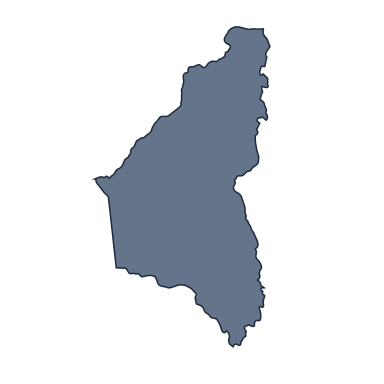 map outline of Neuquén (Equal Earth projection), rotated 173°
{"feature_id": "ARG-1276", "entity_name": "Neuquén", "entity_type": "Province", "adm_level": 1, "iso_a3": "ARG", "parent_name": "Argentina", "parent_adm1": "", "projection": "equal_earth", "projection_center": [-70.544, -38.612], "detail": "fine", "context": "isolated", "style": "filled", "palette": "slate", "viewbox_px": 384, "rotation_deg": 173, "n_neighbors": 0, "source": "natural_earth", "source_scale": "10m", "svg_char_len": 6025}
<svg xmlns="http://www.w3.org/2000/svg" viewBox="0 0 384 384"><g transform="rotate(173 192 192)"><path d="M166.7,35.7L168.1,35.6L169.0,34.9L169.8,33.9L170.1,33.4L170.4,33.9L172.2,35.4L172.9,36.2L173.1,36.6L173.6,38.0L173.7,38.8L173.6,40.7L173.5,41.8L173.3,42.2L172.7,42.9L172.5,43.3L172.4,43.9L172.4,45.0L172.6,46.2L173.2,47.8L173.7,48.8L174.2,49.4L174.7,49.7L175.1,49.7L175.6,49.4L176.2,48.6L176.4,48.4L177.1,48.4L177.9,48.7L178.4,49.3L178.9,50.0L180.0,54.5L180.1,55.5L181.5,59.7L182.6,62.0L183.2,62.8L183.9,63.4L187.9,64.8L189.6,66.8L190.2,68.3L190.5,68.6L191.7,69.3L193.3,70.9L193.9,71.8L194.3,73.1L195.0,75.6L195.2,76.1L195.7,76.7L197.6,78.5L199.1,79.2L199.9,79.7L200.7,80.0L201.4,81.1L201.5,83.8L201.8,84.7L201.6,85.4L201.6,86.6L201.5,87.4L201.2,88.0L200.3,89.1L200.1,89.8L200.4,90.7L203.9,95.5L205.6,97.2L209.5,99.8L211.6,100.6L214.0,101.2L216.6,101.3L225.2,99.6L227.3,99.8L230.4,101.3L232.4,101.7L234.8,102.8L235.6,103.3L237.0,105.2L238.0,110.1L238.9,112.2L240.6,113.4L243.0,114.2L245.5,114.5L251.8,113.9L252.8,114.4L254.6,116.7L255.6,117.5L257.7,117.5L258.2,117.6L259.3,118.2L259.8,118.4L263.0,118.4L263.9,118.8L264.6,119.6L266.1,123.0L267.0,124.1L267.8,124.6L276.4,125.9L275.6,196.6L275.8,198.0L276.8,199.0L279.1,201.9L285.2,212.2L285.8,213.6L285.9,214.8L285.8,215.7L286.0,216.4L287.1,216.7L281.9,218.1L280.2,218.1L278.0,217.3L277.1,217.2L276.4,217.4L275.7,217.8L275.0,218.1L273.7,217.3L272.6,215.9L272.0,215.9L270.0,217.8L269.2,218.0L267.6,218.9L264.4,222.9L262.8,223.8L261.3,224.2L259.7,225.1L258.2,226.5L257.0,228.2L255.5,231.0L254.9,231.9L254.2,232.7L253.3,233.2L251.3,234.1L250.2,235.8L248.8,237.0L248.3,237.9L247.5,241.1L247.0,242.1L244.4,243.7L243.9,244.2L243.6,244.6L241.7,248.0L240.8,249.4L238.0,250.7L236.4,251.6L235.1,251.8L233.6,251.8L233.1,251.9L232.4,252.3L230.0,254.0L228.7,254.6L227.1,255.5L226.1,256.3L225.3,257.3L224.2,259.0L224.1,259.3L223.9,260.1L221.3,263.8L220.5,264.7L218.5,266.1L215.2,269.7L214.0,270.5L212.8,270.7L208.4,270.2L206.8,270.3L206.1,270.5L194.4,277.5L193.3,278.4L192.5,279.4L192.3,280.0L192.2,281.6L192.0,282.2L191.4,283.8L191.0,285.1L190.7,288.8L190.0,291.5L190.1,293.5L190.1,294.2L189.7,295.2L188.7,297.1L186.9,302.0L186.7,303.4L186.7,306.6L186.5,308.2L186.0,309.5L185.5,310.0L184.9,310.5L183.8,311.0L182.3,311.0L181.9,311.1L181.4,311.8L180.8,314.5L180.3,315.6L179.1,316.4L175.0,316.2L171.2,317.4L169.2,317.4L167.6,316.2L166.8,315.2L165.9,314.4L164.9,314.0L163.7,314.2L163.0,314.7L161.0,316.9L159.7,318.0L158.0,318.9L156.2,319.3L154.6,319.2L153.9,318.9L152.4,318.6L151.7,318.6L150.8,318.8L149.6,319.9L149.0,320.2L149.0,320.4L147.8,320.5L146.4,320.9L144.0,322.0L143.1,322.9L142.7,323.5L142.4,324.1L141.9,325.9L141.3,326.6L139.7,327.0L138.9,327.4L138.1,328.8L137.0,329.8L136.7,330.2L136.4,330.8L136.3,331.4L136.5,332.6L137.0,333.6L137.9,334.2L138.9,334.7L139.7,335.3L140.5,336.3L141.1,337.5L141.4,338.8L141.2,340.1L140.7,341.2L140.0,342.2L137.0,345.7L136.4,347.1L136.1,347.4L135.6,347.8L133.8,349.0L132.4,349.7L129.8,350.4L128.5,350.6L125.6,350.2L116.3,346.6L114.6,346.4L111.0,346.5L107.7,345.7L101.3,345.2L101.3,344.5L102.0,342.0L102.0,340.7L101.6,339.2L101.1,338.1L99.1,335.2L98.6,333.8L96.9,327.1L97.2,326.4L100.8,322.5L101.8,320.5L102.0,318.2L101.9,317.6L101.4,317.0L101.4,316.4L101.5,315.9L102.3,314.2L104.1,308.6L104.4,307.8L105.0,307.6L107.0,308.2L107.7,308.3L108.1,307.8L110.1,303.2L110.3,302.2L110.2,300.9L110.0,300.3L109.7,299.9L109.1,299.5L108.8,299.5L108.1,299.8L107.9,300.0L107.8,300.3L107.6,300.5L107.0,300.4L106.6,300.1L105.6,298.6L104.1,297.0L103.4,296.0L103.0,295.0L103.1,294.5L103.6,293.4L103.4,292.7L103.4,292.1L103.7,290.2L104.0,289.0L103.4,288.0L103.5,287.6L104.1,286.7L105.7,286.6L107.9,287.6L109.7,288.0L110.3,285.5L109.7,282.9L109.9,282.3L110.7,281.4L112.5,277.4L112.9,276.0L112.7,275.1L112.0,274.4L110.3,272.8L109.9,272.1L109.6,271.2L109.5,269.8L109.2,268.4L108.3,265.7L108.1,264.4L108.4,263.3L108.9,262.1L109.1,261.1L108.0,259.2L107.9,257.9L108.1,256.5L108.5,255.4L109.3,254.4L109.9,254.4L112.0,256.9L112.7,257.5L113.6,257.6L114.7,257.3L115.8,257.2L116.7,257.4L117.5,257.4L118.2,256.5L118.6,254.2L116.4,252.1L117.6,250.1L118.3,249.3L119.2,247.6L119.8,246.8L120.2,245.9L119.4,243.9L119.5,242.6L120.3,241.6L121.3,240.9L122.2,240.0L122.6,238.5L123.0,233.3L122.5,224.7L121.6,219.9L121.6,218.2L122.3,214.2L123.1,212.6L124.5,211.2L128.9,208.7L130.1,207.6L131.0,206.3L131.4,206.1L135.0,205.5L135.8,205.0L138.6,202.8L140.1,202.1L141.9,202.1L144.0,202.4L145.1,202.2L145.8,201.4L146.5,199.9L146.8,199.6L148.5,198.6L148.6,198.0L148.1,197.2L147.9,196.6L148.0,195.5L148.5,194.6L149.8,192.8L150.3,191.8L150.4,190.5L149.7,188.2L148.2,186.6L146.4,185.3L144.8,183.8L143.6,181.6L141.5,171.3L141.4,169.4L141.5,167.4L141.9,165.1L141.2,162.2L141.2,161.1L141.8,160.0L142.0,159.6L141.9,158.9L141.8,158.6L140.5,156.7L140.0,155.7L139.8,154.3L139.3,153.0L138.0,150.5L137.7,147.8L135.8,144.0L133.2,135.5L132.9,132.6L133.0,131.2L133.3,130.3L133.8,129.6L134.6,128.8L135.8,128.0L136.0,127.6L136.0,126.9L135.4,125.7L135.3,125.0L135.6,123.8L136.3,121.3L136.5,120.0L136.2,118.5L135.6,117.4L134.0,115.2L132.7,112.1L132.2,110.3L132.2,108.8L132.6,107.7L134.5,105.2L135.0,103.8L135.1,102.6L135.0,101.3L135.0,99.9L135.4,98.5L136.1,97.7L137.8,96.6L136.0,94.9L135.4,93.9L134.9,90.8L134.5,90.1L133.0,89.1L132.0,88.1L132.3,88.1L133.3,88.3L134.3,88.3L135.2,87.7L135.5,86.8L135.3,85.9L133.9,84.9L133.9,84.4L134.3,83.4L134.4,82.3L134.1,81.7L133.7,81.3L132.8,80.8L132.5,80.1L132.6,79.5L133.5,77.9L134.7,74.4L134.9,73.2L134.8,70.8L135.0,69.7L135.8,69.0L136.7,69.1L137.7,69.8L138.6,70.3L139.3,69.7L139.4,68.6L138.7,64.3L138.7,61.8L139.1,58.9L140.0,56.5L141.6,56.1L142.6,56.4L143.5,56.6L144.4,56.4L145.3,55.7L145.9,54.7L146.2,52.3L146.6,51.4L147.5,51.1L148.5,51.3L150.5,52.3L151.6,53.2L155.9,52.0L156.4,51.2L156.4,49.7L156.2,49.0L155.4,47.6L155.2,46.8L155.4,46.2L156.2,44.6L156.3,44.0L156.1,42.9L156.3,42.3L156.7,41.9L158.1,41.4L158.7,40.9L160.5,38.4L161.5,37.7L161.7,37.3L161.8,36.1L162.3,34.8L162.7,34.3L163.3,34.1L164.4,34.3L166.7,35.7Z" fill="#64748b" stroke="#1e293b" stroke-width="1.5"/></g></svg>